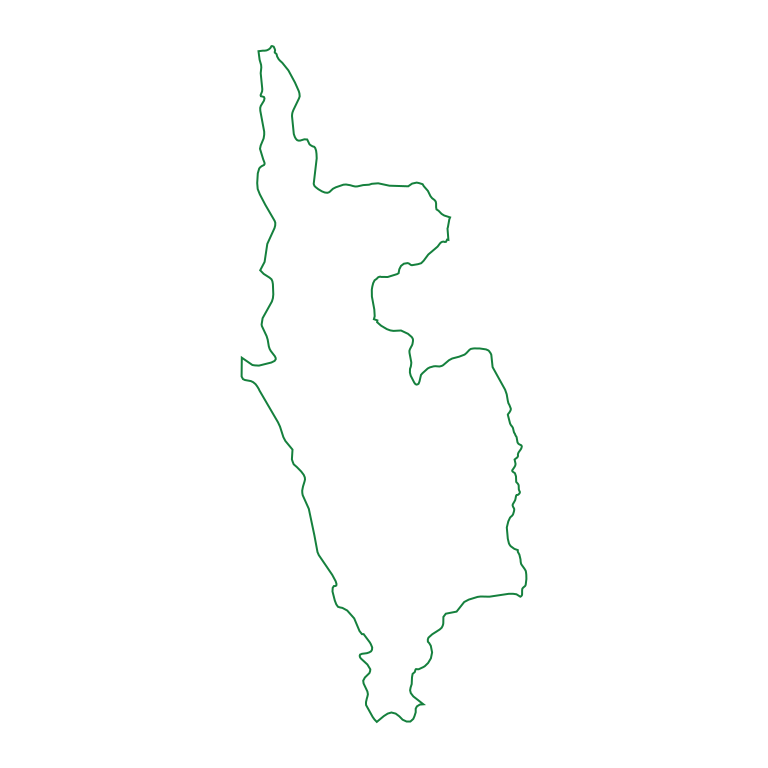 SVG path tracing the border of Magway
{"feature_id": "MMR-3276", "entity_name": "Magway", "entity_type": "Division", "adm_level": 1, "iso_a3": "MMR", "parent_name": "Myanmar", "parent_adm1": "", "projection": "albers", "projection_center": [94.956, 20.535], "detail": "fine", "context": "isolated", "style": "outline", "palette": "green", "viewbox_px": 768, "rotation_deg": 0, "n_neighbors": 0, "source": "natural_earth", "source_scale": "10m", "svg_char_len": 6087}
<svg xmlns="http://www.w3.org/2000/svg" viewBox="0 0 768 768"><path d="M376.8,721.9L374.5,719.5L372.7,717.0L366.1,705.1L366.0,703.8L366.0,702.1L366.8,698.6L367.4,696.6L367.9,694.3L367.4,691.5L363.6,683.5L363.2,680.7L364.9,677.5L369.4,673.1L370.1,671.2L370.3,669.3L367.4,664.5L361.0,658.6L360.3,657.7L359.9,656.9L359.7,655.8L360.1,654.6L362.0,653.8L366.8,653.2L369.2,652.4L371.1,651.3L372.0,649.7L372.2,647.5L370.9,644.3L369.9,642.5L363.6,634.1L361.9,634.1L359.5,631.0L354.2,618.4L347.2,610.5L342.4,607.9L339.9,607.4L338.0,606.8L336.3,604.4L334.8,600.5L332.5,591.5L332.7,587.9L333.8,586.1L335.4,586.0L336.3,585.5L336.5,584.0L335.7,581.3L332.2,574.8L318.8,555.1L317.5,552.1L314.4,535.4L308.8,508.8L302.7,495.2L302.3,493.0L302.2,490.6L303.0,486.5L304.5,481.6L305.0,479.5L304.8,477.4L303.7,474.8L301.2,471.5L296.8,467.0L293.7,464.3L292.7,461.8L291.9,459.4L292.5,449.6L285.4,441.0L283.4,437.2L280.0,426.6L278.0,422.3L259.4,390.4L258.8,389.0L257.2,386.4L255.6,384.2L253.2,382.2L250.9,381.1L244.9,380.0L243.0,379.1L241.6,376.5L241.8,357.7L252.4,365.0L255.0,365.4L259.0,365.6L271.4,362.5L274.6,360.9L275.7,359.3L275.7,358.1L274.9,356.3L270.8,351.0L269.6,348.8L268.8,346.3L267.7,339.7L266.6,336.1L261.9,326.1L261.6,324.5L262.6,318.2L271.9,301.5L272.9,298.2L273.3,294.4L272.9,284.1L272.4,281.3L271.5,279.3L269.5,277.6L263.7,273.9L260.2,270.3L264.6,261.9L267.3,243.9L274.5,228.1L275.2,225.5L275.3,222.8L274.6,220.8L265.3,204.8L259.8,194.3L257.7,189.0L257.2,183.1L257.8,173.3L259.2,168.5L260.2,167.3L261.6,166.2L264.0,165.0L264.6,163.9L264.5,162.8L264.3,162.2L263.2,159.3L260.0,148.8L260.7,145.5L263.6,138.5L264.2,134.8L264.2,131.7L260.3,110.8L260.2,107.9L260.8,105.9L264.0,100.6L264.5,98.4L264.0,97.1L262.8,96.6L260.9,96.2L260.6,95.1L262.1,91.4L262.3,89.2L260.7,73.2L261.3,67.5L261.1,64.9L259.6,59.7L258.5,51.2L262.6,50.7L264.5,50.7L266.6,50.4L268.6,49.5L269.5,48.8L270.3,48.1L271.5,46.1L272.3,46.1L273.7,46.7L274.7,48.9L275.1,50.2L274.9,51.3L274.7,52.0L274.8,52.6L276.3,53.8L276.5,54.1L276.7,54.6L277.0,56.0L277.2,56.6L278.6,59.1L279.9,60.6L282.3,62.8L288.4,70.4L295.0,82.6L298.8,91.2L299.4,93.3L299.7,96.3L299.0,98.4L293.4,110.0L292.5,112.4L292.2,113.8L292.0,116.0L293.8,134.0L294.8,136.9L295.8,138.7L297.1,140.1L298.4,140.6L300.1,140.6L304.4,139.3L307.2,139.5L309.5,144.3L310.6,145.2L312.5,146.3L314.2,146.8L315.2,148.0L316.1,150.7L316.5,153.8L316.7,158.3L313.7,183.9L314.4,185.8L315.6,187.1L318.3,189.2L322.0,191.4L324.8,192.5L327.3,192.8L328.7,192.4L329.6,191.9L332.9,188.8L335.8,187.3L343.4,184.7L346.0,184.5L350.2,185.2L352.9,186.0L355.2,186.5L357.4,186.4L363.1,185.1L369.1,184.7L371.8,183.8L378.2,183.3L389.4,185.7L408.2,186.3L412.1,183.6L416.7,182.6L419.1,183.1L422.6,184.2L423.8,186.2L427.9,190.9L430.5,196.2L432.1,198.2L434.5,200.0L435.7,201.5L436.1,203.5L436.1,207.2L436.5,209.4L438.5,210.7L441.6,213.9L444.2,215.5L450.1,217.4L449.3,219.4L447.9,227.2L447.5,228.5L448.4,239.9L447.1,239.6L446.0,241.8L444.8,242.0L443.6,241.6L442.2,241.8L441.2,242.3L440.5,242.9L440.0,243.4L437.6,246.6L428.3,254.5L423.6,260.8L421.2,263.2L417.9,264.2L411.9,265.2L410.8,264.9L408.9,263.5L407.6,263.1L403.9,263.7L401.0,265.9L399.3,269.3L398.6,273.2L397.1,274.1L387.7,277.0L380.9,276.9L380.4,276.7L379.9,276.7L378.8,277.0L378.0,277.4L376.7,278.8L374.6,280.3L373.2,283.1L372.3,286.6L371.8,289.7L371.9,296.5L374.3,309.5L374.7,316.2L373.9,319.2L377.4,320.4L377.1,322.2L381.1,325.7L386.8,329.1L390.3,330.4L393.4,330.9L401.0,330.5L408.0,333.8L411.7,337.0L412.6,338.4L412.9,339.2L413.0,340.2L412.9,341.6L412.4,344.3L411.8,345.7L411.3,346.5L409.9,349.3L409.4,350.9L409.5,352.9L411.3,362.4L411.2,364.0L410.8,366.6L410.0,368.9L409.9,372.5L410.7,375.7L414.3,382.7L415.5,384.2L416.6,384.6L417.7,384.3L418.6,383.7L419.5,381.4L421.0,374.9L422.5,373.2L427.7,368.5L429.8,367.4L433.8,366.3L435.6,366.2L439.5,366.5L441.8,365.9L443.1,365.2L449.0,360.2L452.2,358.5L459.1,356.7L464.6,354.6L466.4,353.1L469.5,349.8L470.9,348.9L473.2,348.5L474.4,348.4L479.9,348.5L486.0,349.4L488.3,350.4L488.8,350.8L489.3,351.4L490.7,353.4L491.3,354.8L492.6,367.1L505.1,389.7L506.7,394.3L507.8,400.7L508.4,403.2L509.4,405.0L510.8,408.6L510.8,409.4L510.5,410.5L509.3,412.6L508.5,413.5L508.0,414.3L507.8,414.7L510.1,423.6L511.1,425.4L512.1,426.5L512.9,427.9L513.0,428.2L513.8,431.6L514.1,432.6L514.8,433.6L515.4,435.1L515.9,436.1L516.3,436.5L516.6,437.2L517.4,441.8L517.6,442.6L518.5,443.8L519.4,444.4L521.3,445.3L521.6,445.8L521.8,446.5L521.4,448.1L520.8,449.3L518.5,452.5L517.9,454.3L518.0,456.0L517.7,456.7L517.4,457.3L514.6,459.5L515.5,463.6L515.5,464.4L515.2,465.7L514.3,467.3L512.3,470.2L512.2,470.8L512.5,471.4L513.4,472.2L514.6,472.9L515.0,473.4L516.0,476.4L516.2,481.9L517.9,483.8L518.4,484.6L518.6,485.2L518.7,485.7L518.8,489.3L519.2,490.5L519.9,492.0L519.8,492.7L519.4,493.5L518.3,494.6L517.7,494.9L516.6,495.0L516.2,495.6L515.9,496.6L515.5,498.8L515.1,500.3L512.8,504.3L512.6,505.2L512.9,506.4L513.5,507.6L513.8,508.0L514.2,509.0L514.2,510.1L513.9,511.6L513.0,514.5L512.0,515.8L510.7,516.9L510.0,517.7L508.3,521.4L506.8,527.5L507.8,538.7L508.9,543.3L509.6,544.7L510.7,546.2L514.4,548.9L517.8,550.1L517.8,551.8L519.4,554.7L520.5,559.4L520.7,561.9L521.0,563.4L521.3,564.3L524.7,569.1L525.7,570.8L526.0,572.2L526.3,574.8L526.4,579.0L525.7,584.7L525.4,585.5L525.1,586.0L523.2,587.6L522.6,588.3L522.3,588.8L522.2,589.6L522.1,590.6L522.1,594.3L522.0,594.9L521.8,595.4L521.2,596.2L520.3,596.7L516.5,594.3L515.2,594.1L513.1,593.8L508.8,593.8L489.4,596.7L480.7,596.5L477.6,596.9L468.8,599.6L464.2,602.0L456.6,611.6L445.8,613.7L443.4,616.9L443.3,623.2L443.1,624.4L442.7,625.7L441.7,627.7L439.7,629.5L432.2,634.3L428.5,637.6L428.0,638.9L427.8,639.6L427.9,641.7L429.2,643.1L430.8,645.8L432.1,652.4L430.9,658.3L428.1,663.0L424.8,666.2L423.3,667.1L418.8,669.2L418.1,669.3L416.4,669.1L415.8,669.2L415.4,669.9L414.8,672.0L412.6,673.9L412.0,677.3L411.7,684.1L410.6,687.5L410.1,690.3L410.8,693.1L413.3,696.4L423.4,704.3L419.8,704.6L416.9,706.4L415.7,708.7L415.7,712.3L414.5,716.1L413.3,718.9L410.4,721.5L406.5,721.5L402.6,719.7L399.4,716.4L395.7,713.6L391.4,712.5L387.7,713.6L383.8,716.1L376.8,721.9Z" fill="none" stroke="#15803d" stroke-width="2"/></svg>